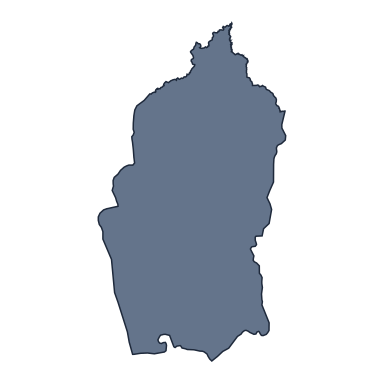 outline of Paoua, Ouham-Pendé, Central African Republic
{"feature_id": "33826404B93316862366408", "entity_name": "Paoua", "entity_type": "district", "adm_level": 2, "iso_a3": "CAF", "parent_name": "Central African Republic", "parent_adm1": "Ouham-Pendé", "projection": "robinson", "projection_center": [16.583, 7.218], "detail": "fine", "context": "isolated", "style": "filled", "palette": "slate", "viewbox_px": 384, "rotation_deg": 0, "n_neighbors": 0, "source": "geoboundaries", "source_scale": "gbopen_adm2", "svg_char_len": 5750}
<svg xmlns="http://www.w3.org/2000/svg" viewBox="0 0 384 384"><path d="M118.0,206.3L106.9,208.7L103.6,209.9L100.0,213.2L98.3,216.9L98.3,220.4L99.3,224.5L101.4,227.4L102.9,231.7L102.9,239.1L111.5,259.4L114.6,292.6L118.0,302.2L127.4,331.9L129.2,342.1L132.6,354.3L134.0,354.3L140.5,353.3L147.5,353.0L154.4,353.8L164.4,352.0L166.0,350.7L166.5,345.3L166.1,343.7L165.4,342.4L163.3,342.6L161.4,343.5L159.6,343.1L158.5,341.6L157.9,339.9L159.2,337.2L160.5,335.2L163.6,334.4L165.3,334.3L169.6,335.4L173.8,346.6L174.4,347.2L175.1,347.5L176.9,346.1L180.2,345.6L181.0,346.3L182.0,348.0L185.5,348.8L187.3,349.5L194.0,349.8L200.0,351.1L202.4,351.2L204.2,351.9L207.1,354.1L208.0,356.2L209.7,359.0L211.8,361.0L217.6,356.3L222.8,351.4L228.7,348.2L237.5,336.4L241.1,334.1L242.4,332.2L244.5,330.6L246.0,330.3L248.2,331.2L249.8,332.4L253.9,334.3L255.9,334.0L257.0,332.0L258.7,331.4L259.3,331.9L260.1,333.6L261.4,335.4L263.1,335.6L266.2,334.4L267.6,332.8L269.0,330.5L269.1,322.8L261.9,304.9L262.4,301.7L261.9,299.8L261.5,294.0L262.4,287.5L261.8,283.5L261.8,281.3L262.1,277.6L260.8,274.9L259.4,273.3L259.3,265.8L256.6,263.0L254.3,261.8L253.2,260.3L253.4,258.3L253.9,255.9L250.4,249.0L251.5,247.1L252.2,246.7L255.2,246.3L256.5,244.7L256.3,243.4L255.3,240.5L255.2,237.2L256.0,236.2L262.1,235.9L263.6,228.7L269.1,223.5L271.6,209.5L270.0,203.9L267.0,197.6L269.8,190.4L273.5,182.1L273.6,164.3L273.9,158.9L274.5,156.8L275.3,155.1L276.0,154.3L276.6,152.8L276.8,151.1L276.6,150.3L276.4,147.9L277.3,145.8L278.5,144.8L281.4,143.6L285.3,140.0L285.7,135.6L281.9,128.1L281.8,124.6L285.0,111.3L284.6,111.4L284.2,111.0L283.3,111.5L282.6,111.2L282.4,111.2L281.1,111.7L280.9,111.7L280.7,111.3L280.2,111.7L280.1,111.2L279.8,110.8L279.9,110.3L279.4,108.5L279.1,108.4L279.2,108.1L279.0,107.4L278.4,106.3L276.9,105.6L276.4,104.8L276.0,104.4L275.7,103.1L276.2,102.0L276.4,99.7L276.2,99.0L275.7,97.8L275.0,97.3L274.4,96.5L273.9,96.1L273.2,94.9L273.2,94.4L272.8,93.5L271.4,92.5L270.7,92.3L269.9,91.2L269.1,90.5L266.6,89.5L266.0,88.8L265.6,87.2L265.3,87.0L263.6,86.3L262.5,85.5L261.8,86.2L261.4,86.1L261.0,86.5L260.0,86.4L259.8,86.6L259.7,86.4L259.3,86.4L259.1,86.2L258.6,85.3L257.7,85.0L256.3,85.4L252.5,85.5L252.5,83.9L252.1,83.1L252.0,82.1L250.4,80.5L250.3,79.3L249.7,78.2L249.3,77.8L247.1,77.3L246.9,77.0L246.9,73.7L246.6,73.3L246.4,72.4L246.5,71.1L246.4,70.8L246.7,69.4L246.5,68.5L246.7,67.6L246.2,66.8L246.2,66.1L246.4,65.1L246.1,64.6L246.3,64.0L246.6,64.0L247.3,62.6L247.4,61.8L247.5,61.8L247.7,61.6L247.9,61.8L248.0,61.5L247.6,60.9L247.8,60.7L247.7,60.6L247.6,60.1L247.4,59.6L246.9,59.3L247.0,58.7L246.5,58.7L245.6,57.9L245.4,58.0L244.9,57.6L244.7,57.3L244.2,57.2L243.7,56.5L243.5,56.2L243.3,56.1L243.4,55.7L242.9,55.9L242.8,55.5L242.2,55.3L242.0,54.9L241.6,55.2L241.2,54.9L240.6,55.0L239.5,54.3L239.0,54.4L238.7,54.1L238.7,53.8L237.8,53.6L237.8,53.4L237.6,53.5L237.6,53.3L237.3,53.9L236.9,53.8L236.7,54.1L235.2,54.7L234.8,54.4L234.7,54.1L233.7,53.5L233.4,53.1L233.2,53.0L232.3,52.1L231.6,51.8L231.5,51.5L231.4,51.5L231.6,50.9L232.0,50.8L231.8,49.8L232.0,49.7L231.8,49.3L231.5,49.3L231.6,49.1L231.2,48.3L231.4,48.0L231.2,47.8L231.3,47.3L231.1,47.3L231.2,47.0L230.8,46.4L231.1,45.9L230.9,45.4L231.3,45.2L231.1,44.9L231.2,44.7L230.8,44.9L230.6,44.5L231.2,43.8L231.9,44.0L231.7,42.8L231.8,42.6L231.2,42.4L230.8,42.5L230.4,41.3L230.4,40.7L230.5,40.6L229.9,40.7L229.7,40.3L229.9,40.3L229.8,39.8L230.0,39.7L229.6,38.8L229.8,38.6L229.8,38.2L230.2,38.0L230.1,37.6L230.7,36.8L230.6,36.4L229.6,35.2L229.4,34.4L229.0,34.2L229.5,33.6L229.4,33.3L229.1,33.2L229.3,32.7L228.9,32.3L229.4,31.5L229.0,31.2L228.9,30.7L229.0,30.3L229.3,30.3L229.5,29.9L230.0,30.0L230.3,29.6L230.0,28.8L230.2,28.5L230.6,28.5L230.8,27.7L231.2,27.8L231.6,27.5L231.5,26.9L231.0,26.6L230.8,26.3L231.0,26.0L231.1,25.3L231.6,24.9L231.9,24.3L231.9,23.4L231.7,23.0L231.5,23.5L230.1,24.1L229.3,25.8L228.8,26.2L228.6,26.2L227.9,25.7L227.2,25.5L226.9,25.6L225.2,27.1L223.8,26.9L223.5,26.5L223.2,26.5L222.6,27.8L223.4,28.4L223.8,29.0L223.6,29.6L223.0,30.2L221.6,29.9L219.7,29.9L219.3,30.2L218.9,31.4L218.0,31.4L217.8,32.3L217.2,32.8L215.1,32.7L214.2,32.3L213.7,32.4L213.1,32.8L212.7,33.4L212.9,34.3L213.4,35.2L213.4,36.5L212.2,38.0L212.3,38.5L212.3,39.4L211.9,40.1L211.2,40.3L210.2,41.0L209.7,41.2L208.9,41.9L208.5,42.9L208.9,45.1L208.8,45.9L207.9,46.1L207.6,47.0L207.0,47.4L206.5,47.6L205.7,46.9L205.2,47.1L204.4,47.8L203.7,48.1L202.9,48.1L202.2,48.4L201.0,48.3L200.3,48.1L199.7,47.7L200.5,47.0L200.8,46.5L200.7,45.2L200.3,44.4L199.7,43.8L198.2,43.7L197.5,42.9L196.5,42.3L196.3,42.3L195.9,43.4L195.6,45.3L194.2,46.9L193.5,49.2L192.4,49.8L191.1,50.9L190.5,51.8L190.7,52.3L192.9,55.4L193.5,57.5L193.4,58.2L193.2,58.6L191.5,59.5L191.2,60.3L191.2,61.1L192.0,62.3L192.6,64.1L193.1,64.4L194.7,64.6L194.6,65.5L194.4,66.2L192.1,68.6L191.6,69.3L191.3,70.2L190.4,71.3L190.4,72.3L190.1,72.8L189.5,72.8L188.8,74.5L187.8,74.6L187.1,74.2L186.5,76.3L185.7,76.9L184.1,76.9L182.9,78.3L182.6,78.4L181.3,78.1L179.9,79.1L179.3,79.3L178.3,78.6L177.8,78.0L176.6,78.9L176.4,80.2L175.2,79.4L174.7,79.4L172.7,79.9L171.8,80.4L170.9,80.7L168.5,82.6L167.8,82.3L167.2,82.2L166.0,81.6L164.7,82.8L163.7,84.3L163.7,84.8L164.1,85.3L164.0,85.7L163.1,86.0L162.4,87.0L160.9,87.5L160.2,88.7L159.6,88.6L158.8,88.8L157.9,89.2L157.7,89.2L157.6,88.4L156.7,88.9L156.5,89.3L155.8,89.9L155.4,91.2L155.8,91.8L155.2,92.4L154.1,92.2L152.3,92.9L151.3,94.0L149.8,93.9L144.2,100.4L136.9,105.8L134.8,110.0L133.9,115.5L133.3,123.1L133.2,129.3L134.2,132.3L133.2,135.0L131.8,136.7L132.0,139.3L132.5,142.1L133.3,149.3L133.9,157.3L134.6,163.0L132.8,165.1L128.8,165.1L126.6,165.9L124.1,167.2L120.5,170.4L118.0,174.1L114.2,177.4L113.1,180.6L113.2,184.0L113.5,186.1L112.7,188.6L112.2,190.5L115.6,197.7L116.6,201.2L117.9,204.3L118.0,206.3Z" fill="#64748b" stroke="#1e293b" stroke-width="1.5"/></svg>